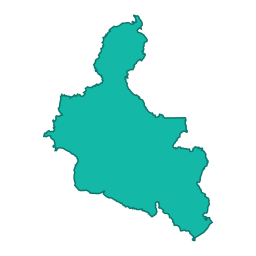 Presidente Figueiredo, Amazonas, Brazil (Albers equal-area conic projection)
{"feature_id": "56859067B39852544497118", "entity_name": "Presidente Figueiredo", "entity_type": "district", "adm_level": 2, "iso_a3": "BRA", "parent_name": "Brazil", "parent_adm1": "Amazonas", "projection": "albers", "projection_center": [-60.113, -1.221], "detail": "fine", "context": "isolated", "style": "filled", "palette": "teal", "viewbox_px": 256, "rotation_deg": 0, "n_neighbors": 0, "source": "geoboundaries", "source_scale": "gbopen_adm2", "svg_char_len": 5786}
<svg xmlns="http://www.w3.org/2000/svg" viewBox="0 0 256 256"><path d="M212.2,222.4L209.9,219.5L209.5,217.7L207.8,217.7L207.0,218.4L206.5,220.0L205.6,219.9L204.8,218.5L206.4,217.8L206.4,217.1L205.0,216.5L203.4,216.5L203.1,215.7L203.3,214.3L205.0,212.8L206.5,213.1L207.0,212.5L207.5,211.1L207.9,206.7L209.3,204.6L208.7,201.4L209.1,200.6L208.3,198.3L204.9,196.4L205.5,194.7L205.0,194.1L201.4,192.3L201.2,190.4L200.3,188.8L199.5,188.7L199.5,187.2L198.3,185.6L197.5,185.4L197.5,184.4L197.0,183.8L196.9,182.8L197.3,182.3L199.1,182.2L199.8,181.5L200.4,178.7L200.0,178.1L201.7,173.6L201.9,171.8L203.3,169.7L203.4,168.8L204.4,168.8L204.4,167.2L206.9,165.7L207.1,164.5L206.7,163.7L208.0,162.6L207.6,162.0L208.0,160.9L207.2,160.6L206.8,158.8L206.0,158.5L206.0,157.4L205.4,157.0L205.9,154.4L204.2,151.6L202.8,150.5L201.5,150.2L202.6,148.8L202.3,148.2L198.5,148.5L198.9,147.4L196.0,147.3L195.3,146.8L193.0,148.8L192.8,150.7L192.1,151.5L189.9,151.3L189.5,149.1L187.3,149.3L186.4,148.7L184.4,148.7L182.7,148.1L181.4,148.6L180.3,147.1L178.4,147.1L176.0,148.8L175.5,147.8L174.4,148.0L173.0,146.9L172.9,145.8L174.4,143.0L175.2,142.7L175.7,141.4L177.2,140.0L177.6,138.2L179.9,136.8L179.8,134.8L180.5,133.2L183.2,131.3L185.3,131.3L185.9,132.0L186.8,132.2L187.3,131.6L187.1,130.6L186.1,129.4L186.1,125.5L185.1,123.9L185.5,121.4L185.2,120.5L185.9,120.2L185.4,117.8L164.7,118.0L162.8,116.3L163.0,115.6L162.6,115.2L159.7,114.2L159.3,114.7L159.3,116.1L156.7,117.4L155.1,116.8L155.3,115.4L153.0,114.9L153.0,114.2L152.4,113.1L151.8,113.4L149.1,112.2L147.5,110.5L147.2,109.6L145.8,108.6L146.1,107.9L144.1,105.3L144.3,103.6L142.7,100.2L138.9,98.4L138.9,97.6L139.5,97.2L136.5,95.0L135.0,95.2L133.1,94.1L132.8,93.3L131.7,92.7L129.5,89.6L128.8,89.3L127.0,85.6L127.2,83.6L125.9,81.3L125.8,79.7L125.1,79.2L125.2,76.9L125.9,77.0L127.0,78.1L127.8,77.9L126.8,75.6L127.6,75.4L128.0,74.8L128.0,74.0L126.6,72.1L126.8,71.4L127.3,71.0L128.9,70.7L129.2,70.0L129.9,69.7L132.9,69.6L134.5,66.2L133.9,65.8L134.1,64.9L136.3,63.3L136.6,62.1L139.6,59.5L140.5,59.6L140.8,60.4L141.6,60.7L142.8,58.8L143.6,58.3L144.5,56.0L145.1,55.6L145.1,54.4L144.6,53.6L143.1,53.8L142.3,51.5L143.1,51.8L143.8,48.8L143.2,47.9L143.4,46.8L144.0,46.3L143.9,44.2L144.4,42.7L147.2,41.0L147.0,39.3L143.7,35.0L141.4,33.4L137.8,32.2L137.2,30.0L139.6,27.9L141.2,28.9L140.8,26.6L142.2,25.1L142.1,22.9L140.7,20.2L139.6,19.3L138.7,16.8L137.5,15.8L136.0,16.1L134.7,15.4L133.8,15.4L134.0,16.2L135.1,17.4L136.2,20.1L135.8,20.8L136.4,21.8L135.7,22.3L134.4,22.3L132.5,21.6L132.2,22.2L134.2,23.2L133.3,24.0L131.3,24.2L129.5,23.1L127.9,22.6L124.3,23.3L122.6,23.1L119.0,25.9L116.3,26.8L113.9,26.4L109.6,29.7L109.2,30.3L110.2,31.4L108.6,32.1L107.0,34.0L107.1,34.6L105.9,34.6L106.1,36.2L105.1,36.1L104.7,37.5L103.8,37.9L103.4,37.4L103.0,37.6L103.6,38.9L103.4,41.1L103.1,41.9L102.2,42.5L102.9,43.1L103.7,45.0L102.8,45.8L102.7,47.8L101.0,48.5L100.9,49.0L101.4,49.9L100.9,52.6L99.8,53.0L99.7,53.7L98.5,55.1L99.2,56.1L99.1,57.7L95.6,60.1L95.6,61.4L95.0,62.6L95.3,63.1L94.4,63.7L93.7,64.9L94.3,65.5L94.7,68.0L95.6,68.1L96.2,69.7L95.3,70.1L95.7,71.2L96.2,71.3L97.0,70.9L97.0,71.5L98.4,74.0L99.2,74.2L100.5,75.5L101.2,75.3L101.8,75.8L101.4,76.9L102.6,78.2L102.1,79.8L102.9,80.4L102.2,82.9L101.2,82.9L98.9,84.9L98.1,84.4L97.5,85.2L96.6,84.2L95.7,85.0L95.4,86.2L95.0,86.3L94.6,85.7L92.7,86.4L92.6,87.0L91.8,87.7L91.1,87.3L89.2,87.5L87.4,86.9L85.5,88.5L86.0,89.4L85.8,91.3L84.6,91.7L83.6,92.6L84.7,93.2L85.0,93.9L83.4,95.7L82.2,96.4L80.1,95.8L80.1,94.9L77.4,94.2L76.6,96.2L74.5,95.0L74.5,95.9L73.4,95.8L72.9,96.8L71.6,96.8L70.2,98.1L70.0,96.7L68.6,96.2L67.5,96.4L66.0,95.6L64.1,96.1L64.8,95.8L64.5,95.0L63.6,95.5L63.0,95.2L62.4,96.0L61.4,95.4L60.5,97.1L60.9,98.8L60.0,102.6L59.4,107.6L58.4,108.2L58.8,110.3L60.4,112.8L62.1,114.2L62.3,115.2L60.4,115.2L59.9,116.1L59.1,116.4L56.5,115.9L55.9,116.4L56.0,119.4L55.1,121.1L54.4,121.1L53.3,120.1L52.8,120.7L54.2,123.4L53.7,125.6L54.8,127.0L53.4,127.7L53.4,128.1L54.6,129.4L54.5,130.0L53.0,131.7L51.9,131.4L50.3,131.7L49.0,130.7L47.2,131.7L46.4,133.2L45.1,133.1L44.6,133.4L43.8,136.4L46.6,136.6L48.2,135.7L50.6,135.9L51.0,138.0L54.1,140.4L55.1,144.7L53.4,145.7L53.1,146.5L53.6,147.1L55.2,147.1L55.9,147.5L55.1,150.6L56.4,150.6L57.9,148.3L59.4,147.7L63.0,148.2L66.8,150.5L69.8,151.8L71.5,153.6L74.0,154.6L77.2,157.5L77.2,158.7L78.0,159.5L77.9,162.2L76.7,163.5L76.6,164.7L75.5,165.0L75.7,165.3L74.0,170.1L74.9,172.8L74.2,174.8L74.1,179.1L74.7,180.9L74.6,181.7L75.5,182.9L74.8,185.3L79.0,190.1L80.6,190.6L86.9,190.3L89.4,192.0L90.2,193.1L98.0,193.6L99.6,193.4L104.8,190.9L103.7,192.4L103.4,193.8L106.1,196.4L109.2,197.9L110.4,197.7L111.7,198.0L115.0,200.1L115.7,200.1L116.7,201.4L118.1,201.5L120.6,203.2L121.8,203.0L122.5,204.5L123.7,205.5L124.6,205.5L125.4,206.8L127.8,206.5L128.6,206.7L128.9,207.5L129.9,208.4L131.9,207.9L132.5,208.6L133.2,208.1L133.2,208.5L133.8,208.2L134.6,208.9L135.9,208.6L136.5,209.4L139.0,209.6L141.8,209.0L141.9,210.1L142.4,210.6L143.1,210.3L144.2,211.2L145.0,210.9L146.1,211.9L147.8,212.2L148.7,213.1L148.4,213.7L149.2,213.8L149.8,214.9L152.0,216.8L155.7,214.3L156.7,212.3L156.9,211.3L156.4,210.6L156.4,208.8L155.8,208.2L155.5,206.5L155.8,205.8L155.5,203.0L156.0,202.3L158.3,201.8L158.9,202.3L158.7,203.8L159.3,204.5L158.9,207.7L159.5,208.1L160.6,208.0L163.7,210.3L162.9,211.6L163.3,212.3L165.0,213.4L166.5,213.4L168.3,213.9L169.2,215.1L169.6,217.5L171.1,218.0L172.9,220.2L172.7,221.7L173.8,222.7L174.1,225.0L174.7,225.5L175.7,225.1L177.5,225.5L179.1,226.6L180.4,229.1L180.4,230.6L181.1,230.9L184.7,230.1L185.8,231.0L188.3,230.8L189.8,231.8L190.0,233.4L193.4,236.5L193.7,238.1L192.5,239.1L192.5,239.9L193.1,240.3L194.6,240.6L195.0,240.1L194.8,239.3L195.1,237.7L203.9,232.2L207.5,228.2L209.6,224.3L212.2,222.4ZM61.4,95.4L61.9,94.9L61.8,94.6L61.6,94.9L61.4,95.4Z" fill="#14b8a6" stroke="#0f766e" stroke-width="1.5"/></svg>